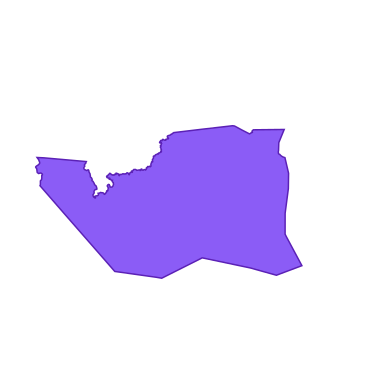 Dulce Nombre de Culmi, Olancho, Honduras, rotated 139°
{"feature_id": "27666195B72562154839723", "entity_name": "Dulce Nombre de Culmi", "entity_type": "district", "adm_level": 2, "iso_a3": "HND", "parent_name": "Honduras", "parent_adm1": "Olancho", "projection": "orthographic", "projection_center": [-85.246, 15.042], "detail": "fine", "context": "isolated", "style": "filled", "palette": "violet", "viewbox_px": 384, "rotation_deg": 139, "n_neighbors": 0, "source": "geoboundaries", "source_scale": "gbopen_adm2", "svg_char_len": 5944}
<svg xmlns="http://www.w3.org/2000/svg" viewBox="0 0 384 384"><g transform="rotate(139 192 192)"><path d="M157.4,64.3L150.1,96.4L149.4,99.1L135.7,114.8L117.1,131.3L106.8,142.8L99.3,157.0L99.7,157.6L100.3,158.7L100.8,160.0L101.1,161.6L101.1,162.9L101.4,163.4L101.5,163.7L101.5,164.2L101.4,164.5L101.1,164.9L100.6,165.5L100.2,166.0L99.5,166.5L94.1,172.3L81.4,178.7L104.9,198.7L105.2,198.6L106.1,198.7L106.3,198.7L106.7,198.4L107.1,198.2L107.2,197.5L107.3,197.4L108.8,197.9L110.0,198.0L110.5,198.2L113.5,205.7L116.6,213.9L117.9,215.4L144.0,233.3L166.8,248.8L167.2,248.7L167.6,248.9L168.2,249.0L168.6,248.9L169.3,249.1L169.6,249.0L169.9,249.3L170.0,249.3L170.6,249.2L171.2,249.3L171.4,249.4L171.7,249.6L172.3,249.8L172.8,250.1L173.5,250.3L173.9,250.3L174.2,250.1L174.5,249.8L174.6,249.0L174.5,248.2L174.7,247.8L174.9,247.7L175.6,248.2L176.4,248.5L176.9,248.8L177.2,248.9L177.6,248.9L177.5,248.6L177.6,248.4L177.9,248.4L178.1,248.5L178.8,249.2L179.1,250.0L179.3,250.7L179.5,250.9L180.2,250.9L180.6,250.5L180.8,250.4L181.1,250.6L181.7,251.3L181.9,251.3L182.4,251.0L182.7,251.1L183.0,251.1L183.2,250.6L183.9,250.7L184.0,250.6L184.1,250.4L184.0,250.2L183.6,250.0L183.5,249.5L182.9,249.5L182.8,249.4L182.9,249.2L183.3,249.2L183.1,248.9L183.1,248.6L183.7,248.5L184.0,248.0L184.1,247.9L184.6,247.8L185.3,247.7L185.2,247.1L185.4,246.9L185.8,246.8L186.3,246.8L186.4,246.7L186.5,246.6L186.5,246.0L186.7,245.6L187.0,245.0L187.4,244.6L187.3,244.1L187.7,243.6L188.3,243.4L188.4,242.8L188.7,242.5L188.9,242.5L189.1,242.5L189.1,242.9L189.2,243.0L189.4,242.9L189.7,242.6L189.9,242.7L191.1,242.9L191.7,243.3L191.9,243.2L192.4,242.8L192.5,242.9L192.9,243.3L193.1,243.5L193.9,243.4L194.6,243.9L195.4,244.0L196.3,243.6L196.8,244.0L197.5,244.3L197.8,244.2L198.0,243.6L198.7,243.2L199.2,242.6L200.1,242.6L200.6,242.4L201.2,241.6L201.7,240.8L201.9,240.6L202.0,240.6L202.4,241.2L203.0,241.1L203.2,240.9L203.4,240.7L203.9,240.4L204.4,240.2L204.6,240.1L205.1,239.6L205.9,238.6L206.2,238.4L206.5,238.4L207.0,238.5L207.1,239.2L207.5,239.4L208.3,239.6L208.6,240.2L208.8,240.3L209.6,240.0L209.9,240.0L210.5,240.1L210.8,239.5L211.0,239.4L211.5,239.5L211.7,239.4L211.9,239.3L212.0,239.1L212.6,239.1L212.7,239.3L212.8,239.8L213.2,240.1L213.6,240.4L214.4,240.4L214.7,240.6L214.7,240.8L215.0,241.1L215.2,241.4L215.1,241.7L214.9,242.2L215.0,242.3L215.1,242.5L215.3,242.6L215.8,242.6L216.0,242.5L216.2,242.2L216.3,242.1L216.8,242.1L217.1,242.3L217.1,242.9L217.1,243.1L218.5,244.0L219.4,244.5L219.5,244.7L219.6,245.5L219.8,246.0L220.7,246.8L221.0,247.1L221.3,247.1L222.0,247.1L222.3,246.9L222.9,246.9L223.1,247.0L223.6,247.3L223.8,247.4L223.9,247.2L224.0,246.3L224.1,246.1L224.5,246.2L224.7,246.8L224.9,247.0L225.0,247.1L225.5,247.1L226.0,247.2L226.8,246.9L227.7,246.3L227.9,246.2L228.1,246.3L228.2,246.5L228.2,246.9L228.1,247.1L227.7,247.6L228.0,248.4L228.2,248.9L228.5,249.1L228.8,249.2L229.1,249.1L229.5,249.1L229.8,249.0L230.1,249.0L230.6,249.7L231.1,249.9L231.6,250.2L232.0,251.0L232.7,251.3L233.7,251.5L234.1,251.8L234.4,252.2L234.7,252.4L235.2,252.4L235.9,252.1L236.2,252.1L236.3,252.4L236.1,252.9L236.0,253.3L235.6,253.6L236.6,255.7L236.9,255.9L237.1,256.0L237.6,255.3L237.7,255.2L237.9,255.2L238.0,255.3L238.4,256.0L238.6,255.9L238.9,255.7L239.2,255.7L239.5,255.9L239.9,256.4L240.5,256.4L240.8,256.8L240.9,257.4L241.3,257.8L241.4,258.0L241.5,258.3L241.3,259.1L241.6,259.8L241.9,260.1L242.7,259.9L244.7,259.8L245.0,259.7L245.3,259.4L245.5,259.4L245.7,259.5L246.0,259.9L246.3,259.7L246.6,258.9L246.6,258.7L246.6,258.4L246.1,257.7L245.9,257.1L245.1,256.5L245.1,256.4L245.1,256.2L245.9,256.0L246.0,255.9L245.9,255.8L245.2,254.6L245.0,253.4L244.5,253.0L245.1,252.7L245.3,252.2L245.4,251.6L245.2,251.0L245.2,250.8L245.3,250.6L245.7,250.2L246.0,249.5L246.3,249.2L247.0,248.9L247.6,248.4L248.8,248.2L249.3,248.3L250.2,249.1L250.4,249.3L250.5,249.5L250.4,249.7L249.9,250.8L249.8,251.2L249.6,251.8L249.7,252.0L249.9,252.4L250.1,252.5L251.1,252.6L251.5,252.4L252.0,252.2L252.1,251.9L252.2,251.5L252.5,249.8L252.7,249.7L253.2,249.5L253.6,249.2L254.3,248.5L254.7,248.3L254.8,248.2L255.0,248.2L255.3,248.7L255.7,248.8L255.9,248.7L256.6,248.0L257.5,247.9L258.2,247.6L259.5,247.6L259.7,247.8L259.7,248.0L259.4,249.0L259.5,249.3L260.2,250.4L260.7,250.8L261.2,251.6L261.4,251.7L261.7,251.8L262.8,251.9L263.0,252.1L263.7,252.7L263.8,252.6L263.8,252.2L264.0,251.7L265.0,251.1L265.7,251.2L267.5,252.3L268.0,252.4L268.2,252.5L268.4,252.3L268.5,252.0L268.5,251.7L268.5,251.3L268.5,251.1L268.8,250.9L269.0,251.0L269.2,251.3L269.5,253.0L269.2,253.8L268.7,254.8L268.3,254.9L267.5,255.1L267.1,255.3L266.4,255.5L265.8,256.5L265.6,256.7L265.3,256.9L264.8,257.0L264.1,257.3L263.7,257.3L263.3,257.3L263.1,257.2L262.5,256.7L262.1,256.6L261.8,256.6L261.6,256.9L261.4,257.3L261.2,257.6L260.8,258.4L260.4,259.5L260.6,260.6L260.6,261.8L260.3,262.3L260.0,263.5L259.9,264.3L259.7,265.0L260.0,265.9L260.0,266.2L259.9,266.4L259.2,266.9L259.0,267.1L258.7,268.2L258.6,268.6L258.6,269.0L258.8,269.9L258.7,270.2L258.0,271.0L257.7,271.6L257.1,272.5L256.9,273.0L256.8,274.0L256.2,275.4L255.8,275.9L255.7,276.4L255.7,276.7L256.0,276.9L256.4,277.1L257.3,277.2L257.5,277.4L257.9,278.5L258.2,279.0L258.4,279.5L258.3,280.3L258.2,280.7L257.9,281.2L257.5,281.4L257.2,281.5L256.3,281.7L256.0,281.8L255.8,282.1L255.7,282.7L255.0,283.3L254.8,283.3L253.5,283.3L252.7,283.9L251.8,284.3L281.5,315.1L286.3,319.7L286.5,318.3L286.4,317.3L287.1,315.6L287.2,315.0L287.8,313.9L288.0,313.7L288.5,313.5L290.0,313.3L292.3,313.6L293.1,313.6L293.5,313.5L293.7,313.3L293.8,313.0L294.0,311.3L295.9,308.5L296.0,308.1L295.9,307.7L295.7,306.8L295.6,306.5L295.4,306.4L294.0,305.8L293.6,305.3L293.4,305.0L293.4,304.5L293.2,304.0L293.2,303.8L293.3,303.5L293.7,303.1L294.4,303.1L294.7,302.9L296.1,301.2L297.2,300.2L297.9,299.9L298.7,300.0L299.2,299.8L301.0,297.7L302.0,296.7L302.3,296.4L302.6,296.4L302.6,260.3L302.4,182.7L275.0,151.2L271.4,146.8L227.5,135.6L197.8,96.4L182.9,73.8L157.4,64.3Z" fill="#8b5cf6" stroke="#5b21b6" stroke-width="1.5"/></g></svg>